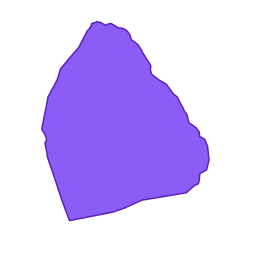 the district of Wad Al Mahi, Blue Nile, Sudan, rotated 189°
{"feature_id": "16777658B66589666845183", "entity_name": "Wad Al Mahi", "entity_type": "district", "adm_level": 2, "iso_a3": "SDN", "parent_name": "Sudan", "parent_adm1": "Blue Nile", "projection": "natural_earth1", "projection_center": [34.827, 11.596], "detail": "fine", "context": "isolated", "style": "filled", "palette": "violet", "viewbox_px": 256, "rotation_deg": 189, "n_neighbors": 0, "source": "geoboundaries", "source_scale": "gbopen_adm2", "svg_char_len": 1387}
<svg xmlns="http://www.w3.org/2000/svg" viewBox="0 0 256 256"><g transform="rotate(189 128 128)"><path d="M171.3,27.4L171.2,27.4L130.5,42.3L127.5,43.8L119.1,48.3L103.3,58.8L60.2,73.2L58.8,75.1L56.1,78.3L53.3,81.6L51.5,82.9L50.2,83.5L49.7,84.9L49.5,87.3L49.9,94.2L43.8,99.0L43.0,109.0L46.6,122.6L50.6,128.9L56.0,130.8L57.0,135.2L61.0,139.0L65.1,141.1L68.7,142.8L72.3,151.1L75.0,153.4L76.4,155.9L79.3,159.7L84.3,166.4L88.8,168.9L97.1,177.3L104.8,180.2L113.1,184.8L115.0,189.1L115.2,192.9L117.0,195.4L119.7,198.1L124.5,203.8L125.1,204.4L127.3,207.6L131.4,212.0L134.5,213.7L138.6,215.7L139.8,218.6L140.5,219.9L143.2,223.0L146.5,225.0L149.8,225.7L153.4,225.4L157.7,227.3L161.2,228.6L163.5,227.8L166.4,225.9L169.0,227.0L171.5,227.9L175.4,228.2L175.7,228.2L176.3,227.3L177.8,226.7L180.0,225.6L180.5,224.7L180.2,222.8L181.0,221.9L181.8,219.6L182.4,218.9L183.0,218.4L183.9,216.1L188.3,202.9L189.1,200.1L196.7,188.0L203.3,176.7L203.9,175.8L204.6,170.5L205.7,163.4L205.9,163.3L206.1,163.1L206.9,159.9L209.3,153.7L211.1,148.2L211.9,146.3L212.0,140.1L212.5,127.5L213.0,114.2L212.5,112.6L211.1,111.0L209.4,109.1L209.0,108.4L207.4,106.0L206.5,102.6L207.4,101.3L207.5,100.4L207.5,99.7L205.8,94.8L205.5,94.2L203.7,89.3L203.3,87.5L203.2,87.2L203.1,86.9L203.1,86.7L201.4,83.7L199.2,79.4L191.3,64.5L184.4,50.9L182.1,46.5L175.2,34.2L171.3,27.4Z" fill="#8b5cf6" stroke="#5b21b6" stroke-width="1.5"/></g></svg>